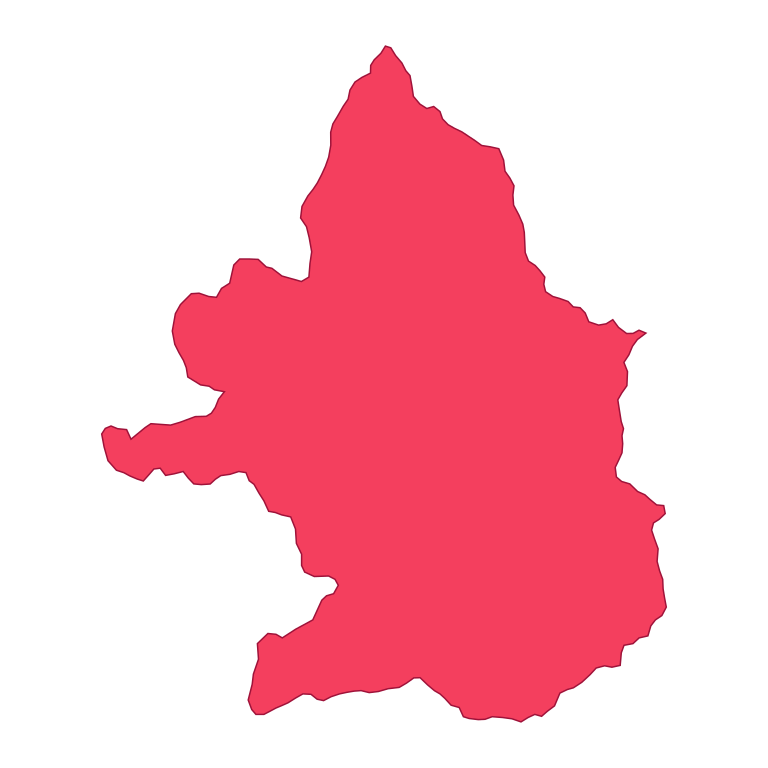 outline of Andradas, Minas Gerais, Brazil
{"feature_id": "56859067B4264930314137", "entity_name": "Andradas", "entity_type": "district", "adm_level": 2, "iso_a3": "BRA", "parent_name": "Brazil", "parent_adm1": "Minas Gerais", "projection": "equal_earth", "projection_center": [-46.567, -22.057], "detail": "fine", "context": "isolated", "style": "filled", "palette": "rose", "viewbox_px": 768, "rotation_deg": 0, "n_neighbors": 0, "source": "geoboundaries", "source_scale": "gbopen_adm2", "svg_char_len": 3344}
<svg xmlns="http://www.w3.org/2000/svg" viewBox="0 0 768 768"><path d="M463.4,716.7L469.1,718.5L478.3,719.6L485.0,719.3L492.2,716.7L502.6,717.5L512.0,718.8L521.0,721.9L528.1,717.5L534.8,714.4L541.6,716.3L547.3,711.3L554.5,705.9L559.9,693.1L567.4,689.5L573.4,687.8L581.8,682.3L590.1,674.6L596.2,668.0L604.6,665.8L611.9,667.2L620.2,665.4L621.3,652.8L624.0,645.3L633.0,643.6L639.1,637.9L647.9,635.9L650.8,625.9L655.4,619.9L661.9,615.5L666.3,607.1L664.6,598.1L663.1,588.9L662.7,579.3L659.6,570.9L657.1,561.4L658.1,548.8L654.4,538.6L651.6,530.1L653.5,522.9L659.2,519.3L665.2,513.6L663.7,505.6L656.6,504.9L649.7,499.2L644.9,494.8L637.6,491.5L629.8,483.9L621.7,481.5L616.4,477.0L615.2,467.4L618.5,460.5L622.0,452.8L622.7,443.7L622.0,435.7L623.5,428.7L621.2,421.5L619.4,410.2L617.8,399.8L621.8,392.9L626.9,385.7L627.5,371.6L623.9,362.4L628.9,354.8L632.5,346.2L637.4,339.5L645.9,333.1L639.0,330.2L633.1,333.4L626.6,333.5L618.5,327.4L612.8,319.7L606.2,323.8L598.6,325.1L588.8,321.8L585.2,313.0L580.1,307.7L573.2,306.9L568.1,301.5L559.4,298.4L552.8,296.5L545.6,291.7L543.8,284.3L544.8,277.1L539.9,270.7L535.2,265.5L528.5,261.1L525.2,252.6L524.7,240.9L524.3,232.4L522.8,224.1L518.9,215.1L513.6,205.1L512.9,195.1L514.0,185.8L509.9,178.1L505.0,171.2L503.6,160.1L498.8,148.7L490.2,146.8L481.7,145.5L475.1,140.7L467.9,135.9L461.9,131.9L454.4,128.3L448.1,124.7L442.5,118.9L440.0,111.6L433.7,106.5L426.8,108.5L419.9,104.1L413.4,96.4L411.9,86.2L410.0,75.6L405.8,70.7L401.9,63.0L395.6,55.6L390.8,47.8L385.4,46.1L380.9,53.3L374.3,59.7L370.7,65.4L370.5,73.1L361.9,77.4L355.0,82.0L350.0,90.0L348.1,99.2L343.3,106.2L337.4,116.5L332.9,123.9L330.7,132.2L330.8,145.2L328.7,157.1L325.4,166.4L321.7,174.5L317.3,183.0L313.1,189.3L307.9,195.9L302.0,206.4L300.6,218.0L306.5,226.7L309.2,237.7L311.7,251.8L310.0,263.4L308.9,277.1L301.4,281.5L281.9,276.0L271.9,268.3L266.3,267.0L258.2,259.4L248.9,259.0L239.7,259.0L233.8,265.0L229.7,283.2L221.5,288.4L216.5,297.3L208.7,296.5L199.1,293.2L191.3,293.7L180.5,304.5L175.4,313.6L172.3,331.0L174.8,344.3L179.0,352.7L183.5,360.5L186.3,367.7L187.8,377.0L200.6,384.9L209.1,386.2L214.4,389.8L224.4,391.7L218.6,399.1L215.3,407.4L211.4,413.2L206.3,416.3L195.3,416.6L180.0,422.3L170.6,425.1L150.9,423.7L145.1,427.6L131.0,439.2L126.6,429.6L117.6,428.7L111.0,426.0L105.3,428.4L101.7,434.0L104.1,446.9L108.0,460.7L116.4,470.2L123.9,472.7L129.8,475.9L137.1,479.0L143.3,481.0L149.0,474.6L153.9,469.0L160.2,468.2L165.6,475.4L174.2,473.8L183.2,471.5L188.4,478.2L193.8,483.9L201.2,484.6L210.2,484.0L215.4,479.2L220.8,475.6L230.0,474.3L238.8,471.5L246.0,472.6L249.2,480.7L254.0,484.3L259.1,493.3L263.9,500.8L268.7,511.3L275.3,512.5L281.7,514.9L290.7,516.9L295.5,529.0L296.4,543.4L301.6,554.2L301.6,565.5L304.7,572.1L314.3,576.5L328.6,576.0L335.0,579.3L338.3,585.3L333.6,593.7L326.5,595.8L321.8,600.2L312.8,619.9L295.7,629.2L282.3,637.9L276.0,634.3L267.9,633.5L257.4,643.6L258.5,659.2L253.4,674.1L252.2,684.3L248.2,700.0L251.7,709.5L255.9,714.4L263.9,714.4L270.2,711.1L276.0,708.0L281.7,705.6L288.0,702.8L295.8,697.9L302.9,693.9L311.0,694.3L317.1,699.2L323.6,700.6L331.1,696.7L339.5,693.9L347.0,692.3L354.2,691.1L361.1,690.6L369.2,692.6L378.4,691.5L388.1,688.7L399.2,687.4L406.5,683.1L413.8,677.9L420.1,677.7L427.6,684.9L434.5,690.7L440.0,693.9L444.8,698.3L451.1,705.2L459.2,707.5L463.4,716.7Z" fill="#f43f5e" stroke="#9f1239" stroke-width="1.5"/></svg>